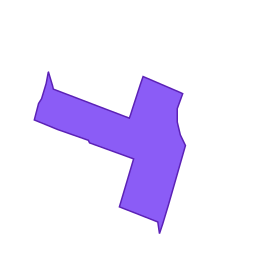 outline of Bujoru, Teleorman, Romania, rotated 44°
{"feature_id": "2599482B95855728618173", "entity_name": "Bujoru", "entity_type": "district", "adm_level": 2, "iso_a3": "ROU", "parent_name": "Romania", "parent_adm1": "Teleorman", "projection": "robinson", "projection_center": [25.511, 43.706], "detail": "fine", "context": "isolated", "style": "filled", "palette": "violet", "viewbox_px": 256, "rotation_deg": 44, "n_neighbors": 0, "source": "geoboundaries", "source_scale": "gbopen_adm2", "svg_char_len": 560}
<svg xmlns="http://www.w3.org/2000/svg" viewBox="0 0 256 256"><g transform="rotate(44 128 128)"><path d="M224.0,182.1L219.6,172.9L210.6,155.4L199.7,134.9L181.5,100.7L170.4,96.6L159.3,89.5L150.0,79.9L143.5,65.3L141.1,66.1L122.1,73.3L103.1,80.5L106.2,87.2L117.9,111.2L120.7,116.8L122.1,120.0L90.7,133.4L47.3,151.9L44.7,150.2L32.1,143.1L32.0,143.4L38.2,152.8L45.5,167.0L46.6,172.4L55.0,187.3L78.6,177.9L108.0,164.4L110.7,165.4L153.5,146.3L176.6,190.7L180.5,189.1L184.3,187.5L214.7,174.9L224.0,182.1Z" fill="#8b5cf6" stroke="#5b21b6" stroke-width="1.5"/></g></svg>